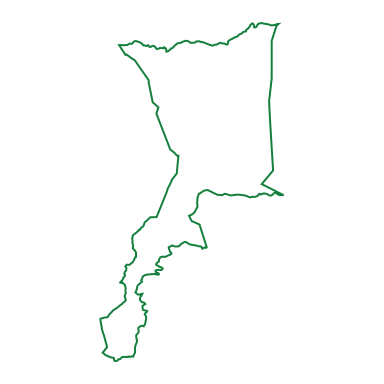 San Ildefonso Sola, Oaxaca, Mexico (Albers equal-area conic projection)
{"feature_id": "50627088B40141322880510", "entity_name": "San Ildefonso Sola", "entity_type": "district", "adm_level": 2, "iso_a3": "MEX", "parent_name": "Mexico", "parent_adm1": "Oaxaca", "projection": "albers", "projection_center": [-96.966, 16.576], "detail": "fine", "context": "isolated", "style": "outline", "palette": "green", "viewbox_px": 384, "rotation_deg": 0, "n_neighbors": 0, "source": "geoboundaries", "source_scale": "gbopen_adm2", "svg_char_len": 5971}
<svg xmlns="http://www.w3.org/2000/svg" viewBox="0 0 384 384"><path d="M283.7,195.2L261.7,184.1L273.1,170.5L270.1,121.6L269.1,101.2L271.7,78.3L271.7,40.8L276.6,25.6L278.5,24.0L276.5,24.2L275.0,24.9L272.5,25.3L271.1,25.3L270.0,25.0L268.7,24.4L265.2,23.8L263.6,23.6L261.6,23.0L260.7,23.3L258.3,23.7L257.8,24.6L257.3,25.1L256.9,25.8L256.7,26.4L256.0,27.1L255.4,27.4L254.9,27.4L254.1,27.3L254.2,26.1L254.1,25.5L253.7,24.7L253.3,24.4L253.2,23.9L252.8,23.6L252.3,23.4L251.7,23.7L251.2,24.3L250.3,25.1L250.0,25.9L249.6,26.6L248.4,28.3L246.4,29.6L246.0,31.4L244.1,31.7L243.0,32.1L242.3,32.7L241.8,33.5L241.2,33.8L239.1,34.5L237.8,36.2L237.1,36.6L235.3,37.2L234.3,37.5L233.1,38.4L230.2,39.7L228.3,41.2L228.1,41.8L228.0,43.3L227.8,43.8L227.4,44.4L226.8,44.6L226.1,44.4L225.5,43.9L224.5,43.6L223.0,43.4L221.5,43.3L220.1,42.8L219.3,43.1L218.6,43.6L217.4,44.1L216.5,44.7L214.5,44.7L213.1,45.6L212.1,45.6L211.4,45.3L210.1,44.9L208.0,44.2L207.0,43.7L206.0,43.4L204.9,43.0L204.0,42.5L203.1,42.2L202.2,42.2L201.2,42.1L199.6,41.3L198.7,41.4L197.2,41.3L195.8,41.7L195.2,42.4L194.3,42.7L192.7,42.8L190.5,42.8L188.9,41.6L187.9,41.1L186.9,40.9L185.2,40.9L184.5,41.1L182.2,42.0L180.1,43.1L178.6,43.1L177.3,43.4L175.5,45.1L174.6,45.6L173.3,47.2L172.1,48.2L170.8,48.6L170.4,49.3L168.5,51.0L167.4,51.5L166.3,51.6L166.3,50.3L166.0,48.9L165.4,48.0L164.6,47.6L164.8,48.2L162.6,48.2L161.4,48.0L159.7,48.1L158.2,48.8L157.0,49.1L156.1,48.4L155.9,47.8L155.4,47.2L154.7,46.7L154.4,46.2L152.8,45.9L151.8,46.1L151.5,46.5L150.2,47.0L149.4,46.8L148.8,46.3L148.3,45.2L146.2,46.0L144.4,45.4L143.6,45.5L143.0,45.1L142.8,44.6L142.0,43.8L140.5,42.7L139.0,41.9L137.7,41.7L137.0,41.3L136.4,41.1L135.4,41.1L133.8,41.6L133.4,42.0L132.6,43.2L132.1,43.7L131.4,43.8L129.7,43.6L128.9,44.0L127.4,45.0L123.4,45.3L122.4,45.0L119.1,45.1L125.5,54.9L126.5,54.5L131.8,58.4L134.8,60.3L148.7,80.3L148.7,82.4L152.7,102.3L158.4,107.4L156.4,113.6L170.3,149.6L174.1,152.5L174.9,153.3L176.0,154.6L176.8,155.4L177.5,155.8L178.4,155.7L176.8,173.4L172.3,179.2L169.6,185.1L167.6,188.9L167.2,190.8L156.6,217.1L150.3,217.3L145.9,221.4L144.8,222.2L144.2,223.7L143.6,225.8L142.0,227.1L140.9,228.2L139.8,229.8L139.0,229.7L138.5,230.7L137.2,231.9L133.0,235.2L132.2,238.3L132.5,240.9L132.5,243.7L133.2,245.7L132.8,246.8L133.0,248.5L133.7,249.4L134.6,250.1L135.9,252.3L136.1,253.1L136.0,254.0L136.1,255.0L135.9,257.1L135.1,257.4L134.5,258.8L134.3,259.6L132.6,262.4L131.0,263.5L129.9,264.5L128.8,264.9L127.8,264.9L127.0,264.6L126.2,265.1L125.3,266.5L126.3,267.7L126.4,269.2L126.1,270.4L124.7,272.0L124.3,273.7L125.1,275.3L124.3,276.9L123.4,277.5L123.0,279.0L121.8,281.0L120.9,281.5L120.2,282.6L121.2,283.0L122.4,282.6L123.6,283.6L125.0,285.3L125.0,285.8L125.6,287.4L125.6,289.2L125.4,291.0L125.9,293.1L124.9,294.9L124.7,296.5L125.1,297.4L125.8,300.1L124.9,301.5L123.0,302.8L122.2,303.8L119.1,306.1L117.9,307.2L116.1,308.5L114.4,309.5L112.9,310.6L111.9,311.8L109.0,314.8L107.9,316.9L107.0,317.3L104.0,317.7L102.7,318.1L101.7,318.3L100.3,319.0L100.5,320.7L100.9,322.6L101.0,323.9L101.7,326.5L101.8,328.5L102.8,332.3L103.7,334.5L107.1,347.1L102.7,352.7L103.8,353.5L105.8,355.4L107.4,355.7L108.3,356.5L109.2,356.8L109.8,356.8L111.3,357.5L112.2,357.5L113.9,358.1L114.3,360.7L116.1,361.0L117.5,360.6L118.0,359.7L118.6,359.2L119.7,359.3L120.5,358.8L121.3,358.0L121.6,357.3L122.2,357.1L123.2,356.9L125.1,357.0L126.1,356.9L126.5,356.7L127.7,357.1L128.1,357.1L128.6,356.6L129.0,356.5L129.4,356.5L130.3,356.9L131.3,356.6L131.7,356.4L132.2,356.4L133.3,356.6L133.6,355.4L135.0,352.6L135.1,351.5L135.0,348.0L135.1,346.8L135.6,345.1L137.0,341.6L137.0,340.7L136.7,339.7L136.1,335.9L136.3,335.0L137.4,333.9L138.6,332.2L138.7,331.3L138.2,328.2L138.8,327.4L139.5,326.8L140.6,326.2L141.3,325.9L142.7,325.9L143.7,326.3L144.3,325.2L144.7,324.8L145.0,324.3L145.3,323.3L145.4,322.2L146.2,318.6L146.1,317.1L145.7,315.8L144.7,314.2L145.1,313.4L146.4,312.4L147.2,311.1L146.3,310.6L144.8,310.4L143.1,309.9L142.7,308.9L142.5,305.9L143.6,305.2L144.6,304.3L145.3,304.0L144.8,303.3L143.6,302.4L142.9,302.4L142.0,302.2L140.9,301.2L140.3,300.3L139.9,299.1L140.0,298.3L140.6,296.6L141.5,295.6L142.3,293.8L140.8,294.1L140.2,294.5L138.7,294.7L137.6,294.3L135.5,292.5L136.1,290.8L136.7,289.7L136.9,288.6L137.3,286.4L137.8,285.5L139.2,284.1L140.5,282.9L142.1,281.7L141.2,280.2L141.7,279.5L142.2,278.4L142.7,276.8L143.7,275.8L144.6,275.3L145.5,275.1L147.2,274.5L147.9,274.4L149.0,274.6L150.8,274.1L151.8,274.2L153.8,274.0L157.7,274.6L158.7,274.6L158.9,273.8L158.3,273.2L156.3,272.4L155.7,272.0L155.5,271.5L155.5,270.7L156.0,270.3L156.6,270.1L157.9,269.8L160.2,270.0L161.7,269.8L162.2,269.5L162.6,268.8L162.6,268.2L161.2,267.3L159.1,266.7L158.6,266.1L157.8,265.6L156.6,265.2L156.1,264.2L156.7,263.3L157.5,262.4L158.8,261.6L158.8,261.0L159.0,259.8L160.2,257.5L161.3,256.8L163.9,256.7L165.3,256.9L169.1,255.0L170.5,254.6L171.4,253.7L171.1,252.7L170.2,252.1L170.0,251.5L169.6,250.2L169.1,249.2L168.7,247.9L168.8,247.2L170.7,246.3L171.5,245.7L172.3,245.5L174.0,246.2L175.6,246.5L178.4,246.4L179.6,245.8L180.2,244.8L181.7,243.5L183.0,243.0L183.8,242.3L185.2,241.9L186.9,242.5L188.5,243.7L189.5,244.2L190.6,244.5L191.3,244.8L192.3,244.8L193.5,245.1L196.3,245.5L198.3,246.2L201.1,246.5L202.0,248.0L202.5,248.7L203.4,247.9L204.9,247.5L205.9,247.9L206.7,247.2L199.5,224.5L191.6,221.0L189.1,215.8L190.8,215.0L192.1,214.4L193.9,213.0L195.1,211.3L196.5,208.4L197.4,207.2L197.5,205.7L197.4,204.5L197.1,203.3L197.4,200.1L197.4,198.9L197.8,197.1L198.1,195.9L199.0,193.6L200.5,193.1L202.9,191.3L204.2,190.6L207.6,190.0L217.2,194.7L222.0,195.2L224.7,193.8L226.6,194.1L228.9,195.0L231.2,195.4L237.3,194.6L243.0,195.1L246.2,195.8L250.0,197.4L252.7,196.7L253.8,196.9L255.4,196.8L256.9,196.2L257.6,195.7L258.4,195.3L259.0,194.1L259.6,193.8L261.0,194.5L263.6,193.4L264.7,193.5L267.3,194.1L269.0,195.3L270.2,195.7L271.4,195.3L272.5,194.7L273.8,193.3L275.0,192.8L276.0,193.0L276.9,193.6L277.5,194.2L278.9,194.8L279.4,195.0L280.2,195.2L282.4,195.0L283.7,195.2Z" fill="none" stroke="#15803d" stroke-width="2"/></svg>